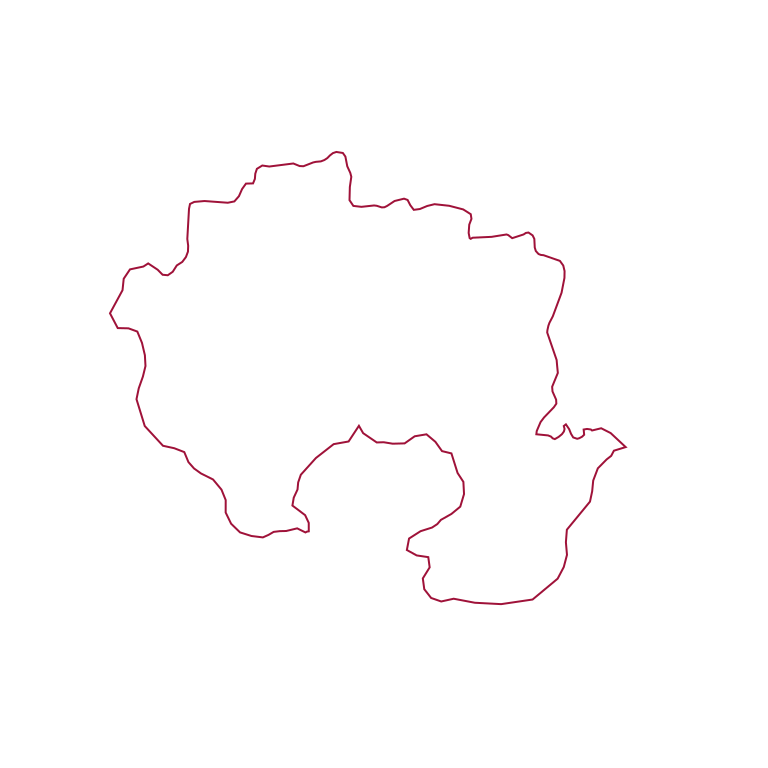 SVG path tracing the border of Attapu, rotated 232°
{"feature_id": "LAO-3294", "entity_name": "Attapu", "entity_type": "Province", "adm_level": 1, "iso_a3": "LAO", "parent_name": "Laos", "parent_adm1": "", "projection": "natural_earth1", "projection_center": [106.906, 14.792], "detail": "fine", "context": "isolated", "style": "outline", "palette": "rose", "viewbox_px": 768, "rotation_deg": 232, "n_neighbors": 0, "source": "natural_earth", "source_scale": "10m", "svg_char_len": 2830}
<svg xmlns="http://www.w3.org/2000/svg" viewBox="0 0 768 768"><g transform="rotate(232 384 384)"><path d="M624.2,272.4L613.4,276.0L606.4,276.8L602.8,280.6L602.5,286.6L605.0,293.7L604.4,300.2L606.0,306.1L609.0,311.0L613.5,314.8L619.4,318.3L642.1,338.2L645.3,342.0L644.3,346.6L638.7,355.2L623.0,372.5L620.0,378.5L621.3,385.3L625.0,392.2L626.9,398.6L622.7,404.3L625.1,408.5L629.0,412.1L631.8,416.3L631.1,422.6L626.0,427.5L613.6,448.3L607.7,451.7L605.2,454.6L602.2,464.6L601.0,467.1L598.3,471.3L597.2,474.9L596.9,478.4L597.4,482.1L597.4,485.9L596.2,489.3L591.4,493.8L587.0,493.6L578.2,489.1L571.1,487.4L567.4,485.8L560.3,478.4L550.1,470.0L543.2,469.5L537.5,475.3L530.8,486.1L528.9,488.0L524.5,491.0L523.0,493.2L522.4,496.1L521.7,505.0L517.7,513.9L514.5,515.9L508.7,514.8L502.9,514.7L499.8,520.0L497.7,527.6L494.6,534.5L484.3,545.1L472.8,553.9L464.4,556.9L460.3,554.6L457.1,549.3L450.9,543.7L446.2,541.3L445.0,541.7L444.7,543.9L433.7,559.4L426.4,572.6L424.8,573.6L420.0,574.8L415.9,586.1L415.7,588.8L414.4,591.1L409.6,592.6L405.8,591.8L398.7,586.8L395.3,585.5L391.3,585.8L389.1,587.1L387.3,589.0L372.7,598.4L367.0,598.2L361.8,595.8L356.5,591.5L346.6,580.1L333.4,558.7L330.4,552.1L328.7,549.4L325.8,545.9L324.1,544.3L296.6,534.8L292.0,531.8L285.7,527.8L278.3,514.8L274.4,512.2L265.7,510.0L262.4,507.7L261.1,503.5L259.1,489.5L257.6,483.9L252.9,475.4L250.6,473.1L242.5,481.6L239.8,483.2L237.3,483.5L235.4,484.7L234.8,489.0L234.9,493.3L235.8,496.5L237.4,498.6L240.2,499.8L240.2,502.5L234.4,502.1L229.6,500.7L225.4,500.2L221.9,502.5L221.1,504.4L220.5,507.6L220.8,510.5L225.2,513.3L223.6,516.3L220.8,519.0L219.3,519.3L215.4,527.9L205.8,532.4L185.5,535.6L189.9,524.1L187.5,518.8L187.5,513.0L185.9,500.6L179.1,489.4L171.3,482.0L164.5,473.9L156.6,438.4L147.3,429.9L136.7,423.0L129.1,413.0L123.7,401.0L122.7,368.4L138.4,340.8L155.7,320.9L171.9,306.7L177.4,295.2L186.4,289.4L197.5,289.4L206.9,294.9L211.4,307.1L220.3,312.3L228.8,304.2L239.1,299.8L246.8,308.6L245.5,322.2L241.3,333.5L240.8,339.8L241.9,345.2L240.1,357.1L240.4,368.6L248.0,379.3L258.0,386.3L268.6,387.2L287.8,394.4L295.4,388.4L306.8,388.9L318.2,386.5L323.9,376.0L324.5,363.7L331.6,354.1L338.3,347.9L342.4,342.3L358.1,337.3L366.5,338.5L360.5,320.7L367.6,307.3L367.6,284.8L363.7,262.6L359.3,255.8L354.1,250.9L350.0,242.9L344.6,237.0L329.2,241.1L320.9,239.2L314.2,234.0L315.1,232.4L315.4,230.7L323.7,226.7L328.4,216.4L332.2,211.3L335.4,206.0L336.2,200.1L337.7,194.1L345.8,186.0L355.7,179.2L368.0,177.5L380.2,180.1L390.0,187.8L400.8,190.9L414.0,190.5L426.2,184.7L434.4,182.3L442.8,181.8L453.3,184.7L462.5,179.2L471.4,171.8L498.2,169.6L524.4,179.6L531.6,188.1L538.3,198.6L545.0,207.1L553.9,213.3L565.4,218.6L577.2,221.9L585.2,216.9L592.0,208.6L608.4,211.6L618.9,235.7L627.2,243.7L630.7,254.4L624.7,266.7L624.2,272.3L624.2,272.4Z" fill="none" stroke="#9f1239" stroke-width="2"/></g></svg>